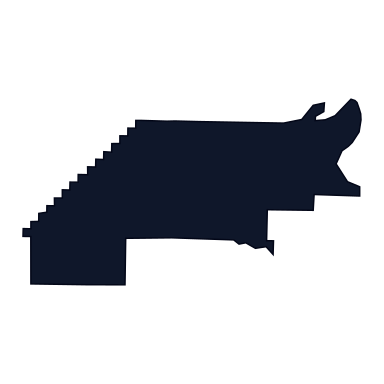 the district of Perry, Arkansas, United States of America
{"feature_id": "52423323B97917914395582", "entity_name": "Perry", "entity_type": "district", "adm_level": 2, "iso_a3": "USA", "parent_name": "United States of America", "parent_adm1": "Arkansas", "projection": "orthographic", "projection_center": [-92.912, 34.944], "detail": "fine", "context": "isolated", "style": "filled", "palette": "ink", "viewbox_px": 384, "rotation_deg": 0, "n_neighbors": 0, "source": "geoboundaries", "source_scale": "gbopen_adm2", "svg_char_len": 1032}
<svg xmlns="http://www.w3.org/2000/svg" viewBox="0 0 384 384"><path d="M125.0,284.8L125.7,238.3L171.9,237.8L233.7,239.9L239.0,244.1L245.8,242.8L255.4,248.3L266.1,246.7L273.1,254.5L273.5,240.8L266.6,240.7L267.3,209.7L313.2,210.3L314.1,194.5L341.1,195.4L359.7,196.0L359.7,187.6L359.7,186.8L347.5,181.7L336.1,163.9L342.0,150.8L348.3,146.3L352.2,142.5L359.1,131.9L361.0,119.9L360.7,113.8L359.3,109.1L357.0,102.5L354.9,100.5L351.0,99.2L335.1,115.7L325.3,119.8L315.2,120.6L315.5,116.3L323.8,111.6L324.4,102.9L313.2,105.3L301.7,119.5L283.6,123.1L198.5,121.6L175.0,121.0L167.0,121.2L140.6,120.4L135.8,120.4L135.7,128.2L127.9,128.1L127.8,135.9L119.9,135.8L119.9,143.5L111.8,143.6L111.6,152.2L103.8,151.7L103.6,159.5L95.8,159.2L95.6,167.0L87.6,166.8L87.7,174.7L78.2,174.5L78.1,182.2L70.0,182.1L69.8,190.0L62.3,189.8L62.3,198.0L54.4,198.0L54.5,205.8L46.9,205.7L46.8,212.2L38.8,213.4L38.7,221.4L30.9,221.6L30.9,228.8L23.2,228.6L23.0,236.4L30.8,236.5L30.9,283.9L86.5,284.7L125.0,284.8Z" fill="#0f172a" stroke="#020617" stroke-width="1.5"/></svg>